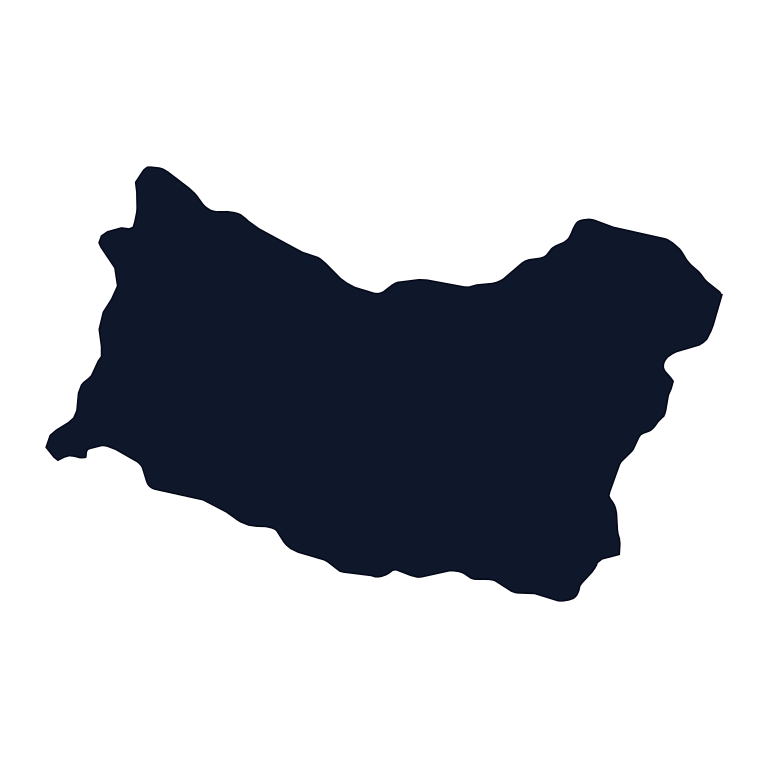 the border of Salto
{"feature_id": "URY-10", "entity_name": "Salto", "entity_type": "Department", "adm_level": 1, "iso_a3": "URY", "parent_name": "Uruguay", "parent_adm1": "", "projection": "robinson", "projection_center": [-57.006, -31.312], "detail": "fine", "context": "isolated", "style": "filled", "palette": "ink", "viewbox_px": 768, "rotation_deg": 0, "n_neighbors": 0, "source": "natural_earth", "source_scale": "10m", "svg_char_len": 3211}
<svg xmlns="http://www.w3.org/2000/svg" viewBox="0 0 768 768"><path d="M129.1,228.9L133.2,227.3L134.9,221.5L136.8,212.1L137.1,208.1L136.8,191.9L135.6,182.3L143.5,170.3L145.2,168.8L147.4,167.2L150.7,167.1L159.7,168.1L163.3,169.3L167.8,172.0L189.1,188.3L194.6,193.4L197.0,196.2L202.5,203.9L204.1,205.7L206.3,207.6L210.2,210.2L213.3,211.2L216.1,211.8L227.7,211.7L234.4,212.7L238.0,213.7L240.6,214.8L246.0,219.0L248.0,221.0L258.8,228.8L302.2,252.3L317.8,257.5L320.3,259.0L325.2,263.2L325.4,263.3L340.5,278.6L346.7,283.1L354.6,287.4L374.3,293.4L377.6,293.7L379.7,293.3L381.7,292.7L383.4,291.9L392.3,285.0L395.4,283.3L397.6,282.4L419.1,279.7L427.0,280.1L464.2,287.0L468.8,287.2L476.6,285.0L492.3,283.5L496.4,282.5L500.0,281.0L503.0,279.4L522.2,263.0L525.3,261.1L529.0,259.8L539.9,258.3L543.8,257.1L545.4,256.1L546.8,254.9L551.5,248.9L552.9,247.7L556.2,245.7L563.6,242.6L565.0,241.7L567.9,239.3L569.1,237.8L571.0,234.2L573.4,228.4L575.3,224.9L576.4,223.3L577.7,221.9L580.0,220.7L583.3,219.9L589.2,219.3L592.5,219.8L595.1,220.5L613.3,227.3L665.3,238.9L667.4,239.7L672.8,243.1L679.5,249.0L681.8,252.0L686.7,260.1L690.5,264.6L698.8,271.9L701.2,274.7L704.5,279.3L707.1,282.0L719.3,291.7L719.6,291.9L721.4,295.0L721.9,294.9L713.1,325.3L710.9,331.0L706.8,339.1L703.4,342.3L699.3,344.9L676.5,351.6L672.1,353.8L667.5,357.0L665.1,360.1L663.8,362.8L663.4,365.0L663.3,367.3L664.1,369.7L665.3,371.7L670.3,377.3L673.2,381.2L671.2,388.5L668.3,395.2L665.8,409.9L664.8,413.7L663.6,416.4L662.1,417.5L658.0,421.7L654.8,426.2L652.7,428.5L650.7,430.2L649.0,431.1L642.9,433.3L640.5,434.8L638.8,437.3L633.3,449.1L631.7,451.3L621.1,461.7L619.5,464.5L609.8,491.6L608.8,495.6L609.5,497.4L610.4,499.1L612.6,502.1L614.5,505.5L615.7,509.3L616.5,513.6L617.4,530.1L618.1,534.4L619.3,538.4L619.9,543.7L619.3,554.4L602.1,558.9L597.2,562.7L596.5,564.9L594.7,568.2L591.9,572.1L581.9,582.9L579.8,585.8L578.9,590.1L578.2,592.0L576.6,595.3L575.0,597.0L573.2,598.4L568.9,599.9L563.5,600.8L560.0,600.9L557.9,600.7L534.7,593.5L517.9,592.9L515.6,592.6L511.5,591.2L495.0,580.6L492.3,579.8L488.7,579.3L475.0,579.2L472.8,578.7L470.8,578.0L464.4,573.6L462.1,572.5L459.0,571.5L453.4,570.7L449.5,570.7L421.3,576.9L417.5,577.1L410.8,575.4L396.4,569.8L393.9,569.9L391.9,570.6L390.5,571.9L388.5,573.3L386.0,574.7L381.5,576.3L378.3,576.8L375.4,576.8L371.2,575.5L343.6,572.1L339.8,571.1L327.7,561.7L324.2,559.8L298.3,552.2L290.9,548.6L286.5,545.0L284.0,542.1L276.9,530.9L275.3,529.3L271.9,527.9L265.9,526.5L256.7,526.2L248.8,525.1L241.0,522.0L237.5,519.9L226.5,512.0L203.1,499.8L155.0,489.2L152.6,488.3L150.9,487.3L149.5,486.1L148.2,484.6L147.3,482.9L146.6,481.1L142.4,467.5L141.4,465.8L140.3,464.4L137.5,461.8L115.8,449.4L107.2,446.1L103.8,445.5L101.2,445.6L89.1,448.7L87.6,449.6L86.6,451.1L86.2,453.1L85.9,456.8L85.8,457.1L85.4,457.4L83.7,457.6L80.1,457.7L74.4,456.2L69.3,455.6L64.4,457.0L59.0,459.7L58.0,460.3L54.1,457.3L46.1,447.3L50.2,435.4L56.4,430.1L68.7,422.5L73.8,417.9L76.9,410.6L78.5,393.1L81.5,385.1L83.7,382.5L89.1,378.2L91.5,375.7L98.3,361.0L101.5,356.6L101.5,346.5L99.2,329.3L103.3,312.2L111.6,299.2L117.6,286.0L114.9,267.9L101.0,247.2L99.0,242.7L101.5,235.9L107.6,231.7L121.5,227.9L129.1,228.9Z" fill="#0f172a" stroke="#020617" stroke-width="1.5"/></svg>